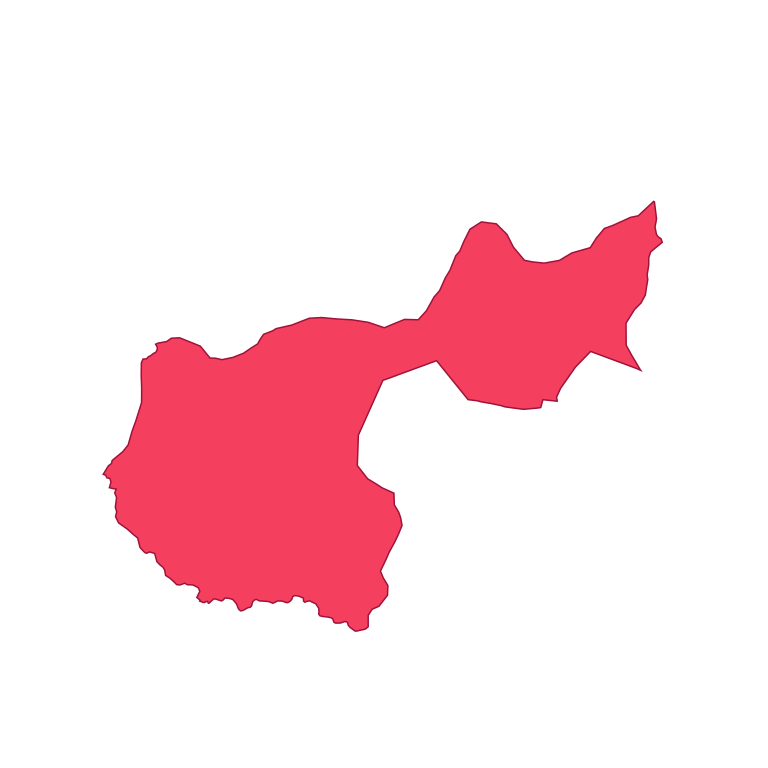 the district of Magama, Niger, Nigeria, rotated 202°
{"feature_id": "59680162B40491222708573", "entity_name": "Magama", "entity_type": "district", "adm_level": 2, "iso_a3": "NGA", "parent_name": "Nigeria", "parent_adm1": "Niger", "projection": "orthographic", "projection_center": [4.963, 10.29], "detail": "fine", "context": "isolated", "style": "filled", "palette": "rose", "viewbox_px": 768, "rotation_deg": 202, "n_neighbors": 0, "source": "geoboundaries", "source_scale": "gbopen_adm2", "svg_char_len": 3699}
<svg xmlns="http://www.w3.org/2000/svg" viewBox="0 0 768 768"><g transform="rotate(202 384 384)"><path d="M151.1,492.8L152.0,493.4L159.5,499.2L165.2,503.5L168.0,505.8L174.0,510.7L182.4,531.1L179.6,546.9L176.0,555.5L175.8,557.7L175.0,564.4L176.7,571.3L178.5,579.5L180.9,583.8L183.0,593.1L184.9,598.0L185.9,600.6L186.2,606.4L183.4,611.7L179.1,619.6L181.6,622.5L185.1,623.2L187.6,625.0L191.4,630.9L191.5,631.1L193.2,639.3L201.5,654.2L202.4,654.3L211.3,635.2L217.8,630.9L231.2,616.8L235.5,612.9L237.9,610.9L241.9,598.4L243.8,587.7L259.0,575.8L267.7,564.3L280.7,556.1L292.2,552.8L300.1,551.3L315.2,559.3L326.1,568.8L339.9,574.6L348.0,572.4L354.4,570.8L362.3,559.7L363.4,545.6L363.5,536.1L363.5,535.7L365.5,529.9L365.5,514.0L366.9,505.4L367.4,491.5L370.2,483.3L372.1,467.9L376.3,456.4L389.1,451.6L399.0,442.0L404.7,436.3L421.7,435.3L437.8,431.5L451.9,426.7L466.6,422.3L477.9,417.0L491.6,404.1L504.8,394.9L507.2,391.6L511.3,387.7L514.3,384.9L515.7,378.1L516.2,373.8L520.4,368.0L525.8,359.9L533.9,352.2L543.3,345.9L549.9,344.8L555.0,342.9L568.5,350.3L590.8,350.3L598.3,346.8L601.4,342.0L608.9,337.2L610.7,335.3L609.2,334.2L607.7,332.8L607.2,330.4L607.3,328.8L607.7,327.6L609.2,326.0L611.2,322.4L612.4,321.5L613.8,318.2L616.8,316.9L616.9,312.7L612.2,300.7L607.5,290.2L604.5,282.8L601.8,275.8L600.3,257.1L599.9,246.0L598.4,231.6L600.8,223.5L607.4,211.3L606.9,208.2L608.9,204.9L610.5,195.1L608.0,195.2L605.7,193.2L602.8,193.7L600.4,190.8L599.8,185.0L596.0,185.5L593.0,186.2L592.9,182.2L589.5,178.7L588.0,173.2L587.0,169.2L583.9,165.2L583.2,160.4L577.9,155.7L568.0,153.4L558.9,150.2L554.7,148.9L550.7,143.4L548.8,140.9L542.7,138.1L540.8,138.1L538.4,140.5L533.2,141.0L531.3,138.6L528.0,134.2L523.8,132.3L520.5,131.4L517.7,129.4L514.8,124.7L509.6,123.7L504.4,121.8L501.1,120.3L497.8,121.3L494.1,124.7L491.2,124.2L486.0,126.1L480.0,125.6L479.9,125.6L477.1,122.8L477.6,116.0L473.5,114.6L473.6,113.7L473.3,113.7L470.0,113.7L468.5,114.2L467.5,115.5L467.2,115.8L466.2,116.3L465.7,115.9L465.5,115.7L464.8,115.0L464.4,115.1L463.9,115.6L463.7,116.2L463.5,116.5L461.7,120.3L460.8,121.2L459.1,121.6L453.8,121.9L453.1,122.3L452.3,123.3L452.2,123.7L451.2,126.0L447.8,127.1L443.6,127.6L442.9,127.2L441.6,126.6L438.7,125.1L437.0,123.5L435.5,121.7L433.5,120.3L431.7,120.0L430.2,121.0L428.1,123.4L426.5,125.5L424.4,126.9L424.1,127.5L423.9,127.9L423.7,129.5L424.1,131.5L424.0,133.5L423.3,135.2L423.2,135.3L421.4,136.5L418.3,136.2L413.9,137.7L409.2,139.1L404.9,139.1L403.0,141.0L401.6,142.9L397.0,144.6L392.7,144.7L391.2,145.4L390.4,146.3L389.5,147.8L388.8,149.7L389.0,152.5L388.6,153.0L388.1,153.9L386.7,154.6L383.7,155.4L378.6,155.3L377.2,152.5L375.7,152.0L374.4,153.3L371.8,155.1L368.0,154.8L364.8,154.6L360.6,151.7L359.1,148.8L358.3,146.1L356.6,145.1L354.1,145.4L349.5,146.7L345.3,147.5L343.4,146.9L341.1,144.3L339.1,144.2L337.2,145.1L334.9,146.0L332.8,147.8L331.6,148.9L329.9,149.4L328.5,149.2L326.7,146.8L324.3,145.6L318.3,144.1L316.5,144.8L314.4,146.4L311.2,148.5L309.2,150.1L308.9,150.7L307.7,153.0L312.0,163.6L310.6,170.8L310.3,171.0L309.6,171.8L305.4,176.0L305.3,176.4L301.6,189.5L304.9,198.6L312.0,203.9L317.2,209.2L316.4,221.8L316.2,229.8L314.8,241.8L314.5,246.7L314.3,250.9L314.3,259.6L318.5,266.3L322.3,270.6L329.2,275.9L333.9,286.5L346.5,287.0L355.1,288.6L363.7,290.0L378.2,298.4L388.6,327.0L386.4,386.9L386.1,387.2L344.0,425.3L300.2,401.0L291.1,403.4L287.6,403.8L282.4,404.9L279.0,405.7L275.8,406.3L273.0,406.8L267.5,407.8L263.4,408.1L258.3,409.4L251.6,411.1L245.5,412.7L245.4,412.7L238.3,416.3L234.1,418.4L229.9,420.8L229.9,421.2L230.8,429.0L230.4,429.1L217.0,432.9L217.2,433.3L219.1,436.6L218.6,446.4L212.8,471.5L204.6,491.6L155.4,493.0L151.1,492.8Z" fill="#f43f5e" stroke="#9f1239" stroke-width="1.5"/></g></svg>